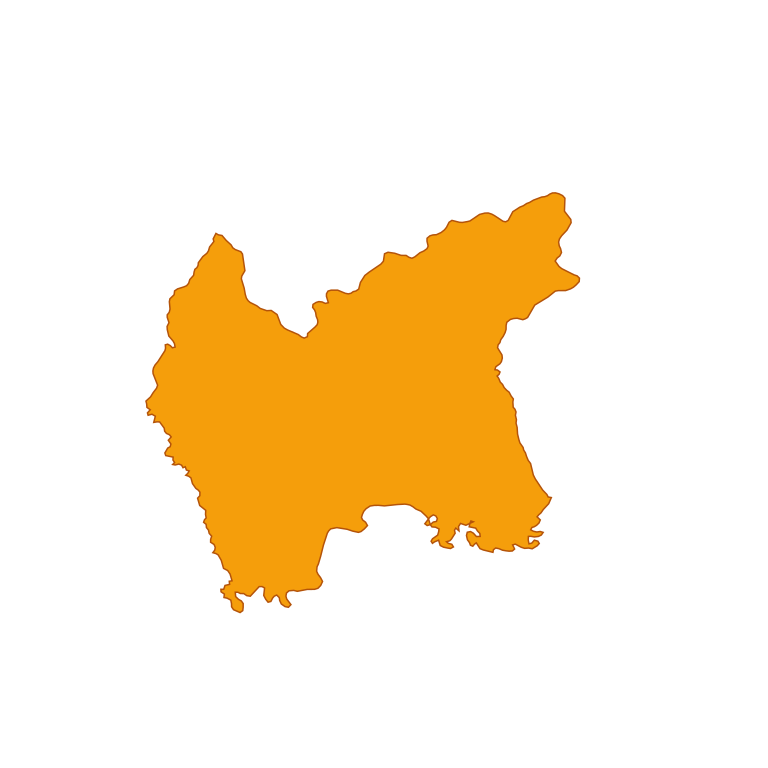 Riachinho, Minas Gerais, Brazil, rotated 143°
{"feature_id": "56859067B25318605217705", "entity_name": "Riachinho", "entity_type": "district", "adm_level": 2, "iso_a3": "BRA", "parent_name": "Brazil", "parent_adm1": "Minas Gerais", "projection": "orthographic", "projection_center": [-45.926, -16.273], "detail": "fine", "context": "isolated", "style": "filled", "palette": "amber", "viewbox_px": 768, "rotation_deg": 143, "n_neighbors": 0, "source": "geoboundaries", "source_scale": "gbopen_adm2", "svg_char_len": 6173}
<svg xmlns="http://www.w3.org/2000/svg" viewBox="0 0 768 768"><g transform="rotate(143 384 384)"><path d="M399.3,221.0L401.9,218.7L397.5,213.7L397.8,210.4L397.4,207.0L398.9,204.4L402.0,206.6L402.4,211.1L403.7,214.1L406.7,215.5L409.3,213.4L411.1,209.4L411.2,205.8L412.0,203.2L410.7,201.0L408.2,201.6L405.9,201.6L406.4,194.7L404.6,191.7L398.3,184.0L396.3,185.8L393.5,185.8L391.3,183.3L389.4,180.0L387.1,177.5L384.7,175.2L382.0,173.4L379.0,173.6L378.1,178.1L375.5,177.1L372.7,171.1L370.6,168.1L367.3,166.0L364.8,163.2L359.0,162.6L356.0,163.2L355.7,165.9L357.9,168.8L361.7,168.0L364.4,169.1L362.7,172.6L360.4,175.4L358.4,174.0L356.0,171.4L352.4,169.3L349.2,168.7L346.2,169.7L348.0,172.2L351.0,173.8L353.3,176.5L354.6,179.3L352.2,180.4L350.0,179.6L347.2,179.3L343.9,179.7L341.0,181.4L341.7,185.8L339.2,186.4L336.2,186.6L332.3,187.9L324.5,189.3L318.7,192.6L320.9,195.0L320.4,197.7L321.1,203.8L320.3,217.2L319.5,221.5L314.8,232.3L314.8,236.2L313.8,240.2L312.5,243.9L312.2,247.2L311.1,249.6L310.9,255.2L309.8,258.3L307.5,263.6L303.8,269.2L302.1,273.3L299.7,275.8L297.9,279.9L295.4,282.2L294.6,285.1L294.8,287.7L291.9,292.1L289.7,294.2L289.7,297.9L289.0,302.2L289.8,305.2L290.2,308.8L289.6,312.3L290.0,315.6L289.0,319.5L288.9,322.3L286.2,322.5L284.1,323.8L285.0,326.9L286.8,328.7L284.3,330.5L279.3,330.4L276.8,331.2L273.9,333.5L272.3,336.2L271.5,344.6L269.3,346.6L266.5,347.3L264.1,349.1L260.2,350.3L256.3,352.2L253.6,354.2L251.3,357.2L248.8,359.4L244.2,359.5L241.1,358.3L238.1,356.4L234.4,351.8L231.8,351.0L229.3,350.7L216.1,356.3L200.7,354.8L191.3,355.1L188.6,353.7L182.7,349.3L177.7,347.7L174.4,347.3L171.0,347.5L166.5,348.3L164.2,350.9L164.7,354.2L166.5,356.7L172.6,369.1L173.5,372.5L173.3,379.2L169.9,380.4L166.5,380.5L163.1,382.2L161.5,385.9L160.9,388.9L159.1,392.3L156.5,394.3L152.9,395.5L145.3,396.8L137.5,400.2L135.8,403.0L135.9,413.4L127.7,423.5L128.0,427.0L129.8,430.6L132.0,433.4L134.5,435.2L137.4,435.9L140.1,436.0L143.0,436.9L145.5,438.4L154.0,440.9L158.5,441.4L161.5,442.3L165.4,442.5L169.1,443.5L177.4,444.1L186.4,439.9L189.2,440.3L191.0,442.3L194.4,451.9L195.7,454.8L197.8,457.8L200.6,459.8L205.6,461.9L217.3,462.5L219.6,463.5L224.1,465.8L226.4,467.7L231.3,473.8L234.7,474.0L239.8,471.5L243.0,470.7L247.2,470.6L252.3,471.7L255.2,473.6L258.1,474.7L261.9,474.5L263.7,472.2L265.8,467.5L268.2,466.2L272.3,466.3L276.2,467.2L282.9,467.0L286.0,467.6L287.9,470.3L288.9,473.3L293.0,476.5L296.7,481.9L301.5,486.8L305.2,487.7L310.6,482.4L314.5,481.6L328.7,482.3L334.0,482.2L341.7,479.3L347.1,475.0L350.6,475.2L353.0,476.3L355.6,476.3L358.2,477.4L360.3,479.7L364.5,486.8L369.8,490.8L372.8,491.9L375.6,490.7L377.2,488.7L379.5,482.4L382.4,483.7L384.0,486.7L386.4,489.0L389.1,490.0L392.8,490.3L394.9,488.1L394.9,484.9L395.6,482.2L397.4,478.9L398.3,475.4L399.6,473.2L401.6,471.6L404.8,471.0L414.6,470.3L416.7,467.9L420.1,468.7L421.6,471.2L422.7,475.1L428.5,485.2L430.0,488.6L430.6,493.7L427.6,503.8L429.8,510.6L433.5,513.1L437.4,518.9L438.5,523.0L441.9,529.8L442.4,532.4L442.2,535.5L440.8,539.2L438.0,544.7L434.6,553.9L432.6,555.8L426.9,558.2L418.8,573.0L418.7,575.8L421.9,580.9L422.8,583.8L422.4,587.1L423.6,593.6L424.0,600.1L426.5,602.8L427.6,605.4L433.1,602.7L434.1,600.2L440.8,598.4L444.2,595.9L446.8,595.0L452.0,594.8L459.3,592.6L461.1,590.6L463.4,589.5L466.0,589.4L468.3,587.7L470.6,585.4L476.2,584.3L479.4,582.0L482.5,581.3L485.4,582.0L491.6,584.2L495.2,584.4L497.9,581.6L503.7,580.9L505.9,578.9L509.8,572.6L512.4,570.5L515.5,569.7L517.0,567.7L518.8,562.4L522.6,560.5L524.4,557.8L527.0,551.8L526.6,545.4L527.0,542.5L528.6,539.2L531.2,540.3L531.6,543.3L532.8,546.0L535.1,546.9L536.9,544.1L538.8,542.5L551.2,537.9L555.3,537.0L558.5,535.5L560.7,533.5L562.2,531.2L565.5,519.3L568.2,517.5L573.6,516.0L578.2,514.2L584.4,513.6L585.5,511.0L587.4,508.0L586.2,504.1L590.3,503.3L591.2,501.0L587.5,499.5L586.0,495.9L591.0,491.9L588.1,490.4L586.0,488.7L586.1,481.0L587.6,478.3L587.5,475.5L585.9,472.6L585.8,469.8L590.1,468.9L590.3,464.3L592.5,462.6L595.3,463.0L600.5,460.8L601.4,458.2L596.4,452.5L598.3,450.3L598.5,447.3L601.2,446.9L599.5,445.0L596.0,443.5L594.5,441.0L594.9,438.1L592.5,437.5L593.6,434.2L591.9,431.8L594.6,430.7L597.2,430.4L595.5,427.9L594.7,425.2L596.9,419.7L597.1,413.9L596.2,411.0L596.1,408.4L598.3,405.6L601.6,405.0L604.3,397.9L602.4,390.4L605.0,387.3L606.6,384.1L609.1,383.6L611.3,382.1L610.5,379.0L612.2,376.2L612.1,373.0L613.5,369.9L613.2,366.2L616.0,364.2L617.7,362.0L616.3,358.1L617.1,355.1L619.1,353.2L622.2,352.3L620.2,349.6L619.3,347.3L620.1,341.1L623.1,333.3L621.1,329.1L621.3,324.9L623.8,318.3L626.3,319.6L627.9,316.9L632.2,318.8L635.6,316.5L637.8,318.2L639.2,316.1L637.9,312.3L640.3,309.8L638.2,307.4L636.4,303.6L638.0,300.3L639.8,297.8L640.0,294.3L636.5,288.1L633.2,288.0L630.9,290.4L628.6,293.4L628.5,296.6L629.8,299.6L630.4,303.5L628.1,307.2L626.0,305.6L624.8,303.1L622.1,301.0L621.0,297.6L618.5,295.0L605.6,297.3L603.3,295.6L602.1,293.0L607.3,287.5L608.0,283.3L607.9,279.5L605.2,278.4L601.7,280.1L599.3,280.6L596.7,280.0L596.2,276.4L597.6,273.9L598.4,270.1L597.0,265.8L594.7,263.2L591.1,263.8L591.1,270.8L590.0,273.6L587.6,275.8L584.3,276.0L580.3,273.5L578.0,270.6L569.0,266.2L563.0,261.8L559.7,260.6L555.8,261.2L551.9,263.3L551.2,267.6L551.2,271.7L550.5,275.0L547.5,278.3L544.8,279.7L538.2,284.6L529.3,291.8L519.0,299.0L516.5,300.0L513.8,300.4L508.1,297.7L500.8,290.1L497.5,285.3L493.7,280.9L491.2,280.0L486.9,280.1L482.4,280.9L481.9,284.7L482.9,288.3L482.3,291.0L479.7,292.9L476.7,294.5L473.4,295.2L468.5,294.9L464.8,292.9L461.4,290.4L457.0,286.4L445.7,279.6L439.6,275.5L437.9,273.8L436.1,271.7L434.7,268.4L433.8,265.0L431.0,260.1L429.8,253.1L429.6,249.5L426.7,250.1L423.4,249.8L422.0,247.4L422.4,244.4L424.8,242.7L427.8,244.1L431.7,243.8L431.7,241.0L429.0,238.6L427.3,235.1L429.3,233.1L432.1,231.0L438.4,231.2L441.0,230.1L441.2,227.6L438.5,227.5L434.4,226.4L436.3,221.2L434.7,217.9L432.0,214.8L429.9,212.6L426.6,212.1L426.3,215.2L428.5,218.0L429.0,220.4L425.8,219.2L423.4,219.6L417.0,222.0L415.7,224.8L413.4,225.7L412.5,221.6L410.3,225.3L406.8,226.6L403.6,221.9L399.3,221.0ZM399.3,221.0L397.0,222.3L395.6,220.2L399.3,221.0ZM429.6,249.5L435.5,247.8L434.7,245.0L431.7,243.8L429.6,249.5Z" fill="#f59e0b" stroke="#b45309" stroke-width="1.5"/></g></svg>